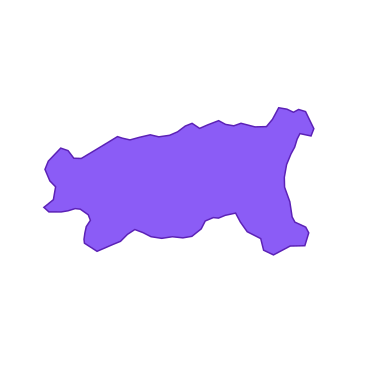 Jangsu-gun, North Jeolla, South Korea (Albers equal-area conic projection), rotated 242°
{"feature_id": "91817680B93090957259339", "entity_name": "Jangsu-gun", "entity_type": "district", "adm_level": 2, "iso_a3": "KOR", "parent_name": "South Korea", "parent_adm1": "North Jeolla", "projection": "albers", "projection_center": [127.547, 35.652], "detail": "fine", "context": "isolated", "style": "filled", "palette": "violet", "viewbox_px": 384, "rotation_deg": 242, "n_neighbors": 0, "source": "geoboundaries", "source_scale": "gbopen_adm2", "svg_char_len": 1224}
<svg xmlns="http://www.w3.org/2000/svg" viewBox="0 0 384 384"><g transform="rotate(242 192 192)"><path d="M248.0,54.0L241.6,56.3L235.8,67.2L233.6,73.7L232.2,81.0L229.3,85.3L220.6,89.7L214.7,89.0L211.1,82.4L206.0,78.1L200.9,74.4L197.3,73.0L184.2,80.3L182.8,97.7L182.0,105.7L184.9,115.1L185.7,123.9L179.1,129.7L171.8,134.8L165.3,143.5L161.7,153.7L155.8,162.4L152.9,171.1L155.1,182.8L160.2,190.1L159.4,198.8L156.5,203.2L155.8,210.4L152.9,220.6L142.7,220.6L134.8,221.6L131.0,222.1L118.6,230.8L107.0,227.9L98.2,234.4L98.2,244.6L98.2,253.3L91.6,266.4L93.1,267.9L101.1,275.9L107.6,275.9L117.1,268.7L123.0,268.7L137.5,273.8L152.8,276.0L161.6,280.4L171.8,288.4L179.1,297.2L183.4,303.7L189.3,309.6L192.9,314.7L185.6,323.4L190.7,329.3L209.7,330.0L214.8,324.9L214.8,319.0L220.6,314.7L225.7,308.1L218.4,297.2L214.8,288.4L219.9,278.2L229.7,267.5L230.8,260.0L235.9,253.4L242.5,249.0L243.9,237.4L244.6,228.6L252.6,224.3L253.4,217.0L251.9,207.5L252.6,198.8L256.3,188.6L262.1,182.0L265.0,171.1L267.1,161.7L272.2,155.8L275.9,152.2L275.1,138.4L274.4,126.0L273.6,110.0L277.3,103.5L286.7,102.0L292.4,96.7L286.7,79.6L281.0,72.8L268.5,71.7L260.6,74.0L250.3,66.0L248.1,54.7L248.0,54.0Z" fill="#8b5cf6" stroke="#5b21b6" stroke-width="1.5"/></g></svg>